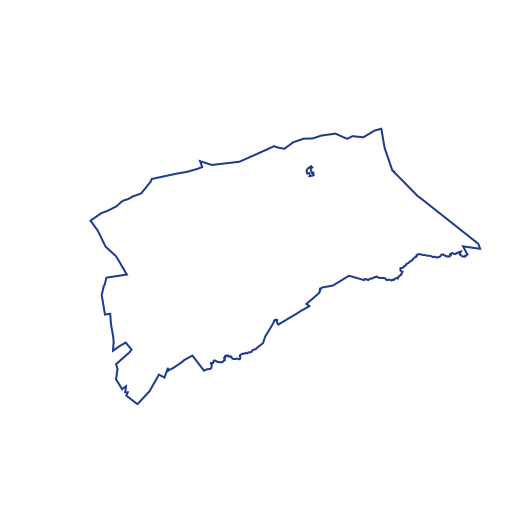 Mazowe, Mashonaland Central, Zimbabwe (Mercator projection), rotated 54°
{"feature_id": "62879985B76003628227782", "entity_name": "Mazowe", "entity_type": "district", "adm_level": 2, "iso_a3": "ZWE", "parent_name": "Zimbabwe", "parent_adm1": "Mashonaland Central", "projection": "mercator", "projection_center": [31.124, -17.263], "detail": "fine", "context": "isolated", "style": "outline", "palette": "blue", "viewbox_px": 512, "rotation_deg": 54, "n_neighbors": 0, "source": "geoboundaries", "source_scale": "gbopen_adm2", "svg_char_len": 5705}
<svg xmlns="http://www.w3.org/2000/svg" viewBox="0 0 512 512"><g transform="rotate(54 256 256)"><path d="M379.0,84.1L369.9,82.8L381.7,70.7L381.9,70.4L376.8,69.0L307.5,88.4L302.5,90.0L267.7,95.2L267.8,95.0L266.5,95.3L259.1,93.0L244.3,88.5L226.7,79.8L224.2,86.4L223.1,99.3L215.8,107.5L214.8,113.4L203.7,119.8L197.0,132.3L194.2,141.1L189.0,148.6L188.0,152.3L187.9,152.4L185.9,158.7L185.9,170.1L181.6,174.1L177.7,177.0L176.3,184.3L170.0,214.0L156.4,238.2L146.4,245.5L150.3,246.6L152.5,247.3L151.5,250.3L151.4,250.9L151.4,251.3L147.4,262.3L143.0,271.2L132.4,295.0L133.8,297.1L137.9,312.1L135.4,320.9L134.8,325.9L133.1,331.1L133.1,333.5L133.8,339.5L132.2,349.6L130.4,356.0L130.1,369.1L142.5,369.1L159.9,372.2L173.8,369.4L182.6,370.1L182.8,370.2L195.1,371.4L185.6,389.7L190.2,395.3L191.1,397.1L196.8,403.7L214.6,412.6L217.1,407.9L225.7,413.3L237.2,418.9L242.7,422.2L242.8,422.5L243.1,422.6L243.6,423.2L248.6,427.4L248.7,419.7L249.4,412.9L249.4,412.3L258.6,411.7L259.6,415.2L260.5,425.0L261.3,432.7L266.2,434.6L267.0,435.3L267.5,436.0L272.2,440.4L272.9,441.3L273.7,441.8L275.2,441.8L285.1,442.6L285.0,442.3L285.0,437.8L289.4,441.9L290.9,439.9L292.7,443.0L305.9,439.1L305.9,438.6L306.1,438.5L302.9,422.2L303.0,422.1L294.9,404.2L300.6,401.5L294.7,393.0L297.2,394.4L297.2,392.9L297.7,390.3L297.9,389.9L298.1,384.7L298.3,378.5L298.0,375.2L299.2,366.0L308.7,365.7L318.2,365.5L318.6,362.8L320.2,359.8L320.4,359.4L320.5,358.6L320.3,358.1L320.0,357.8L319.8,357.5L319.3,356.8L318.9,356.2L318.7,356.1L316.9,355.8L316.3,355.6L316.0,355.4L316.0,355.2L317.0,354.5L317.3,354.2L317.4,353.7L317.1,353.3L317.1,352.9L316.5,352.5L316.4,352.5L316.3,352.4L316.2,352.3L315.9,351.2L316.2,350.8L316.4,350.8L317.6,350.0L319.3,349.2L322.2,345.8L322.2,345.4L322.0,345.1L322.0,344.9L322.0,344.7L321.8,344.3L321.8,343.7L322.0,343.3L322.0,342.6L321.9,342.6L321.8,342.4L321.6,342.2L321.4,342.2L321.0,342.0L320.4,342.1L320.1,341.9L319.7,341.8L319.7,341.5L319.9,341.0L320.1,340.8L320.1,340.4L319.7,340.1L319.0,340.0L319.0,339.9L318.8,339.8L318.8,339.0L319.2,338.3L320.2,337.9L320.2,337.6L320.1,337.4L319.9,337.2L320.0,337.0L320.4,336.8L321.4,336.9L322.1,336.5L322.5,335.8L322.5,335.3L322.6,335.2L323.0,335.1L323.7,335.5L324.1,335.5L325.3,335.3L325.6,335.1L326.1,334.7L326.9,333.6L327.5,332.6L327.9,331.5L329.3,330.7L329.8,330.1L329.8,329.9L329.8,329.3L329.0,328.5L328.5,328.1L328.1,328.0L327.5,328.0L327.2,327.8L327.0,327.5L326.9,327.4L327.0,327.2L326.9,327.1L326.9,325.2L327.1,324.4L327.4,324.2L327.7,323.8L327.8,323.5L327.8,323.1L328.0,322.7L328.2,322.0L328.5,321.8L328.5,321.2L329.3,320.8L329.6,320.2L329.6,319.6L329.5,318.7L329.8,318.3L330.2,317.9L330.4,317.4L330.9,316.0L330.3,315.0L330.2,314.6L330.5,313.3L330.5,312.2L331.2,311.3L331.2,310.7L331.0,310.2L330.9,309.7L330.6,301.5L326.4,295.7L325.4,293.0L321.6,284.1L319.9,280.4L319.2,279.5L318.8,278.6L318.8,278.3L318.9,278.0L319.1,277.9L319.5,277.4L319.6,277.0L319.9,276.6L320.4,276.6L320.7,277.6L321.5,277.8L322.4,278.1L323.3,278.1L324.2,278.4L324.5,278.4L324.6,278.2L325.6,266.7L326.5,257.7L326.9,250.3L326.9,250.1L327.2,249.3L327.9,242.3L324.4,243.4L323.8,235.3L322.9,226.0L321.7,225.7L321.8,225.7L321.9,225.4L321.9,225.0L321.5,224.7L321.4,224.7L321.4,224.4L321.5,224.1L321.3,223.9L320.6,223.8L320.0,223.3L320.2,222.5L320.5,221.9L320.4,220.9L325.1,211.2L326.6,192.4L338.9,182.8L338.8,182.7L338.7,182.2L338.7,181.8L338.7,181.4L338.9,181.1L339.3,180.8L339.5,180.8L340.2,180.4L340.3,180.1L340.5,179.6L341.1,179.5L341.5,179.2L341.4,177.9L341.4,176.9L341.5,176.7L342.4,175.7L342.4,174.8L342.7,174.0L342.7,173.2L342.8,172.2L343.4,171.8L343.3,171.1L343.4,170.6L343.6,170.4L344.7,170.1L345.2,169.9L346.1,169.1L346.4,168.9L347.4,167.5L348.9,165.7L349.1,165.5L349.4,165.2L349.9,164.6L351.7,164.6L352.3,164.4L352.6,164.0L352.6,163.8L352.9,163.0L353.4,162.3L353.4,162.2L354.3,161.5L354.8,161.3L355.1,161.1L355.4,160.5L355.3,160.0L355.4,159.5L356.3,159.1L356.4,158.9L356.4,158.6L356.0,157.7L356.0,157.1L356.2,156.4L356.3,156.3L356.3,156.1L356.5,155.8L356.5,154.6L356.8,154.3L357.4,154.3L356.9,153.5L356.9,153.3L356.5,152.3L356.5,151.1L356.4,150.9L356.6,149.7L356.2,149.2L355.9,149.1L355.6,148.4L355.5,147.8L355.1,147.4L355.0,147.2L354.9,146.8L352.6,147.7L351.6,146.9L350.9,146.5L350.9,145.7L351.5,145.0L351.7,144.2L351.7,143.0L351.5,142.6L351.5,141.3L351.7,140.5L351.3,139.7L350.9,139.5L350.9,138.8L351.1,138.0L351.2,136.1L351.0,135.9L351.0,133.3L351.4,132.4L351.0,131.8L351.0,131.2L350.6,130.4L350.6,128.5L350.3,127.7L350.5,127.5L350.5,127.3L350.9,126.8L350.5,126.2L349.7,125.6L349.9,125.1L349.7,124.9L349.8,124.1L350.4,123.0L350.5,123.0L351.1,122.2L351.7,121.6L353.2,120.4L353.7,119.9L354.3,119.0L356.5,117.2L358.0,115.3L358.1,115.1L358.5,114.8L359.9,113.9L360.1,113.9L360.3,113.8L360.8,113.6L361.3,113.0L361.5,112.0L361.8,111.7L362.3,111.4L362.5,111.2L362.9,111.1L363.7,110.4L364.0,108.8L364.7,108.0L364.7,107.5L364.0,105.5L364.0,105.0L364.7,103.6L365.7,103.6L366.5,103.0L367.8,102.3L368.4,102.1L368.6,101.5L369.2,100.9L369.8,100.1L370.0,100.1L370.0,98.2L369.8,98.2L369.6,97.8L369.0,98.0L369.0,97.6L368.8,97.0L368.6,97.0L368.6,96.5L369.0,95.9L369.0,95.7L369.4,95.1L370.4,94.7L371.4,94.2L371.6,93.2L371.6,91.8L371.8,91.8L371.8,91.3L372.2,89.7L372.2,88.9L372.8,87.6L373.3,88.8L373.5,88.9L373.5,89.5L374.3,90.1L374.7,90.3L375.2,89.9L376.2,89.7L377.4,89.4L378.1,88.8L378.7,88.2L378.7,87.3L378.9,87.3L378.9,87.1L379.3,87.1L379.3,86.3L379.1,85.3L378.7,84.7L379.0,84.1ZM218.4,165.7L217.0,165.1L216.6,164.9L216.4,164.4L215.7,162.7L215.7,158.6L217.5,158.5L217.5,160.5L221.2,162.0L221.7,161.1L222.2,161.6L222.7,161.1L222.8,161.4L224.3,161.7L224.1,162.6L224.3,162.7L222.9,165.7L222.4,165.0L221.8,164.7L220.1,164.3L219.3,166.0L218.6,165.5L218.4,165.7Z" fill="none" stroke="#1e3a8a" stroke-width="2"/></g></svg>